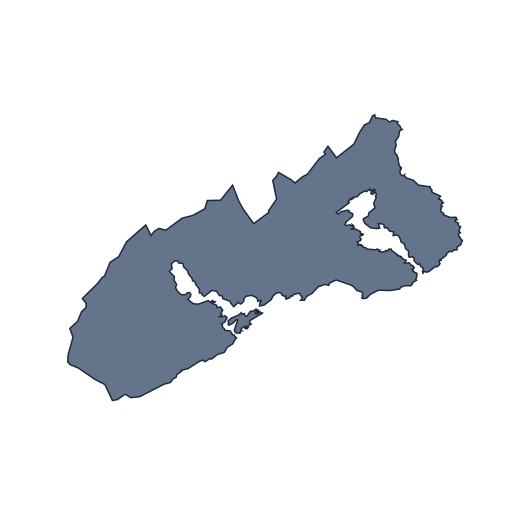 outline of Halsa nor, Møre og Romsdal, Norway, rotated 168°
{"feature_id": "86288312B43880270832618", "entity_name": "Halsa nor", "entity_type": "district", "adm_level": 2, "iso_a3": "NOR", "parent_name": "Norway", "parent_adm1": "Møre og Romsdal", "projection": "mercator", "projection_center": [8.399, 63.103], "detail": "fine", "context": "isolated", "style": "filled", "palette": "slate", "viewbox_px": 512, "rotation_deg": 168, "n_neighbors": 0, "source": "geoboundaries", "source_scale": "gbopen_adm2", "svg_char_len": 6049}
<svg xmlns="http://www.w3.org/2000/svg" viewBox="0 0 512 512"><g transform="rotate(168 256 256)"><path d="M426.5,144.5L421.2,144.4L413.4,147.8L412.1,147.6L408.1,143.5L398.9,142.6L372.8,149.7L365.9,150.1L363.2,152.7L359.3,154.1L358.2,156.4L352.4,159.0L352.9,159.9L346.1,159.9L333.0,164.8L329.6,165.1L327.8,163.2L322.5,165.2L321.0,164.4L314.4,167.6L307.0,168.3L303.2,172.6L297.1,174.9L292.7,179.8L291.3,180.1L292.6,180.3L293.8,182.3L293.6,183.1L295.3,183.9L296.8,188.1L301.8,189.7L302.1,191.4L303.6,193.4L303.1,195.5L303.7,197.0L300.8,197.6L297.4,200.9L297.3,202.2L298.8,204.0L300.6,203.6L304.2,204.3L301.4,205.6L302.2,207.3L299.8,209.9L301.5,213.6L304.8,213.6L304.8,216.1L308.9,218.9L308.2,220.2L306.1,219.2L305.4,219.8L307.4,220.2L307.6,221.5L310.6,220.4L312.0,222.3L322.4,220.9L327.1,222.2L331.8,227.8L328.6,229.9L327.7,232.0L328.4,234.0L330.7,234.4L332.9,232.9L336.9,233.5L339.5,236.9L341.2,240.9L340.9,242.7L339.5,244.5L341.2,249.5L340.1,252.8L344.0,258.9L340.5,261.2L340.7,263.7L340.2,266.2L336.4,268.1L333.7,267.4L332.9,265.1L329.6,264.2L328.9,262.9L329.1,260.6L325.9,255.6L325.9,252.9L323.2,247.2L323.2,244.9L321.2,243.9L320.7,240.4L318.3,235.5L319.1,231.6L317.1,231.1L316.7,229.2L314.9,227.2L306.4,231.5L302.0,229.8L300.0,224.9L297.5,224.3L297.3,221.2L290.6,216.9L290.5,215.2L288.4,211.0L282.9,214.3L281.3,212.3L280.0,212.5L277.2,214.6L276.8,216.7L274.3,218.7L268.5,218.4L264.8,215.8L263.5,213.3L263.7,211.2L260.5,211.7L260.4,210.7L262.2,208.9L262.9,206.3L258.4,206.3L250.3,210.1L247.7,213.3L244.4,215.3L241.2,215.5L239.2,214.6L238.6,212.3L236.7,210.7L235.1,210.6L235.9,208.0L235.3,207.6L231.9,208.1L229.9,209.8L228.9,209.1L227.2,210.6L221.5,210.7L219.3,205.3L221.6,203.5L218.0,202.6L214.9,205.9L208.6,208.0L201.6,212.9L194.8,213.9L191.0,212.2L189.5,214.3L182.6,215.9L169.3,207.9L166.9,205.6L164.4,201.1L160.3,199.2L159.5,196.8L160.4,195.1L160.2,194.1L161.3,193.0L160.1,192.0L156.6,191.8L151.7,194.9L143.1,197.1L132.4,194.4L122.4,193.8L120.9,195.4L116.3,196.0L110.8,194.7L108.8,196.0L108.4,197.4L104.0,198.9L104.7,200.0L103.4,201.6L102.1,205.5L105.6,208.2L105.0,209.0L105.9,210.6L103.7,211.4L104.5,213.9L105.8,214.4L107.5,217.4L112.3,218.2L110.0,220.5L113.6,223.2L113.7,224.3L114.6,224.6L114.2,225.3L117.3,226.9L116.8,227.2L122.3,233.4L122.3,234.6L124.7,235.1L126.4,233.6L128.0,234.4L129.5,233.4L133.4,234.1L134.5,235.1L133.7,235.7L135.1,235.8L134.8,236.6L135.8,237.6L138.2,237.3L146.2,239.8L146.8,241.2L149.5,242.3L149.4,243.6L151.2,244.3L150.7,245.2L154.0,245.3L153.0,246.4L154.2,248.5L150.5,249.4L149.6,250.8L150.7,252.7L149.3,254.7L147.9,255.2L148.5,254.2L147.8,253.9L146.6,254.9L149.0,256.3L148.9,258.3L153.2,261.8L156.9,262.3L154.4,263.5L154.1,265.1L155.0,266.2L154.7,264.5L157.4,266.9L161.2,267.0L162.4,268.3L160.5,270.8L153.5,274.5L152.6,276.5L152.9,277.5L156.4,280.0L155.6,280.9L157.1,281.9L163.9,281.5L166.9,280.0L168.5,281.8L153.8,288.7L154.8,289.8L152.5,291.3L152.5,292.1L150.7,291.4L150.4,292.5L148.9,292.0L148.9,293.1L144.4,293.0L141.6,295.3L135.8,297.0L134.5,296.0L130.8,297.9L130.8,296.2L130.1,295.8L127.4,296.7L126.3,296.3L126.7,295.2L125.1,295.6L130.1,294.2L130.6,293.1L129.2,292.1L126.1,293.4L125.2,291.2L126.8,289.8L126.3,288.1L129.9,283.2L129.7,278.3L136.5,274.9L137.9,271.7L143.3,270.1L143.5,268.3L142.7,265.2L138.0,259.7L132.0,257.6L129.2,257.5L129.7,262.3L125.4,260.9L124.1,259.5L124.7,257.9L124.4,256.8L122.3,256.7L120.0,252.5L116.4,251.0L117.4,247.8L118.2,247.4L114.1,247.4L112.3,245.8L111.4,242.9L111.2,239.6L108.4,236.7L108.1,231.8L105.8,229.5L106.8,223.8L106.1,222.8L103.0,222.8L101.8,221.1L102.4,218.7L100.5,215.3L99.1,213.9L97.4,214.2L96.9,211.2L95.2,209.7L95.3,207.4L96.4,206.2L96.2,204.5L94.6,206.1L92.7,204.7L90.2,204.8L82.4,208.6L81.6,207.8L79.2,208.6L77.6,210.3L78.0,212.1L77.3,213.9L75.8,213.2L75.3,214.6L69.8,217.0L68.9,218.7L65.8,220.4L63.1,219.5L61.5,220.7L58.2,220.2L57.2,223.1L53.5,224.4L50.9,228.3L52.5,230.2L52.3,231.2L53.3,232.4L52.9,233.1L53.5,233.6L53.5,235.5L51.2,236.3L52.5,238.4L49.8,241.9L51.5,243.6L51.8,245.3L51.2,246.0L54.1,248.5L53.8,249.5L51.7,249.7L52.5,250.7L52.0,251.5L52.4,252.4L57.8,253.2L64.1,257.3L63.5,258.6L65.6,260.7L65.8,262.6L65.1,263.3L65.0,264.9L63.4,265.8L64.3,266.7L63.6,268.4L61.7,269.1L63.1,270.6L62.7,271.4L63.2,272.2L65.5,273.7L63.1,276.2L70.6,281.8L70.7,283.0L70.1,283.6L71.4,286.3L71.1,287.4L82.4,291.6L86.5,297.5L92.6,301.0L94.2,303.8L93.9,304.6L95.4,303.7L97.3,305.3L98.0,308.0L96.1,311.0L96.7,311.1L96.5,311.9L95.8,311.9L95.9,310.8L95.5,312.1L97.1,314.5L97.0,320.2L96.5,321.7L97.1,323.2L97.0,325.0L98.4,327.4L98.6,330.3L95.7,335.4L96.0,338.8L91.4,343.6L89.7,348.3L86.7,349.5L87.6,350.1L88.1,353.0L89.6,355.3L89.9,357.2L89.3,357.9L94.3,360.2L97.8,359.3L100.4,362.7L110.0,366.2L110.6,367.6L110.5,369.4L112.8,368.9L117.4,362.9L122.8,361.6L128.8,355.6L137.1,345.0L156.8,335.3L162.8,348.4L168.0,343.5L166.8,340.9L173.7,338.2L188.9,325.2L194.2,323.8L202.7,319.3L205.4,322.9L216.6,333.1L219.4,329.7L223.9,326.5L224.0,307.4L234.4,297.5L234.2,296.1L251.5,288.1L258.5,303.8L261.3,312.7L264.2,330.1L279.1,317.9L292.1,320.4L296.2,312.8L309.6,308.8L320.3,308.4L338.7,300.0L345.3,303.2L350.4,301.3L354.4,297.8L357.4,309.3L379.8,296.7L390.5,283.8L400.0,280.2L408.4,267.8L410.8,267.1L416.5,262.2L434.7,250.5L431.9,244.8L433.1,240.9L438.3,237.7L444.2,229.1L453.2,223.8L451.8,214.8L460.3,198.4L462.2,191.6L460.4,188.3L453.2,183.5L439.0,168.6L430.5,161.7L426.5,144.5ZM291.6,184.9L287.6,183.8L286.7,185.8L285.5,185.7L286.2,186.3L285.3,188.1L283.3,189.0L280.9,189.4L281.8,187.8L281.6,187.3L280.8,187.3L280.2,186.6L279.9,186.7L278.7,187.6L279.8,187.8L279.4,188.7L274.8,190.5L276.2,191.9L275.4,194.1L260.8,199.0L263.3,199.0L263.3,199.8L264.4,200.1L264.0,200.7L265.6,200.6L265.0,202.3L266.4,201.9L266.0,200.9L266.6,200.7L266.1,199.6L268.1,199.4L268.4,200.8L266.4,202.7L266.3,203.8L267.5,204.0L269.5,202.7L273.0,203.1L277.5,198.9L279.3,199.8L279.3,202.1L282.2,202.4L282.4,203.6L285.1,201.9L293.0,200.4L296.9,198.1L296.8,196.2L297.4,194.7L297.0,193.9L291.9,195.4L288.6,197.8L287.2,197.2L292.5,188.2L292.6,186.9L291.6,184.9Z" fill="#64748b" stroke="#1e293b" stroke-width="1.5"/></g></svg>